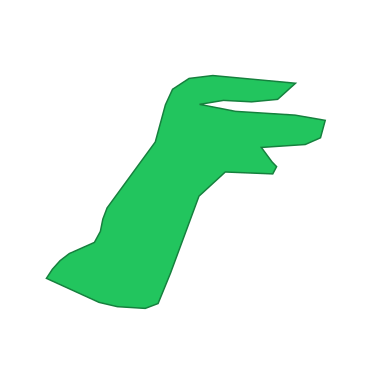 Middle Caicos, Natural Earth projection, rotated 298°
{"feature_id": "TCA-5003", "entity_name": "Middle Caicos", "entity_type": "state/province", "adm_level": 1, "iso_a3": "TCA", "parent_name": "Turks and Caicos Islands", "parent_adm1": "", "projection": "natural_earth1", "projection_center": [-71.735, 21.8], "detail": "fine", "context": "isolated", "style": "filled", "palette": "green", "viewbox_px": 384, "rotation_deg": 298, "n_neighbors": 0, "source": "natural_earth", "source_scale": "10m", "svg_char_len": 583}
<svg xmlns="http://www.w3.org/2000/svg" viewBox="0 0 384 384"><g transform="rotate(298 192 192)"><path d="M110.3,211.1L77.6,214.4L67.3,205.4L55.7,179.9L50.9,161.7L47.4,104.0L58.3,105.0L69.6,107.8L80.1,112.6L101.7,129.5L114.2,129.6L126.2,126.0L138.1,124.5L218.9,136.1L256.5,127.6L273.6,126.6L290.9,136.1L304.6,155.7L336.6,232.3L314.0,224.1L299.6,202.3L287.7,176.8L272.9,157.5L283.6,192.5L308.3,247.0L317.8,276.0L300.2,280.0L287.1,269.7L263.9,232.3L256.2,248.4L254.1,254.8L245.9,254.8L225.3,212.0L191.6,200.1L110.3,211.1Z" fill="#22c55e" stroke="#15803d" stroke-width="1.5"/></g></svg>